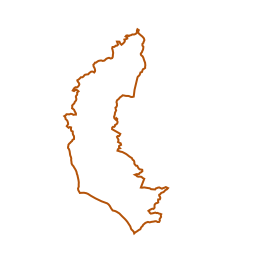 the district of Jaguaripe, Brazil, rotated 113°
{"feature_id": "56859067B34110890821904", "entity_name": "Jaguaripe", "entity_type": "district", "adm_level": 2, "iso_a3": "BRA", "parent_name": "Brazil", "parent_adm1": "", "projection": "robinson", "projection_center": [-39.007, -13.088], "detail": "fine", "context": "isolated", "style": "outline", "palette": "amber", "viewbox_px": 256, "rotation_deg": 113, "n_neighbors": 0, "source": "geoboundaries", "source_scale": "gbopen_adm2", "svg_char_len": 5126}
<svg xmlns="http://www.w3.org/2000/svg" viewBox="0 0 256 256"><g transform="rotate(113 128 128)"><path d="M96.9,135.0L90.3,136.9L77.9,139.0L76.9,139.0L75.8,138.4L74.4,138.0L73.3,138.1L72.0,138.2L70.9,137.0L69.5,137.2L68.1,137.2L67.1,136.3L66.0,135.7L64.9,136.2L63.6,136.5L62.3,137.2L61.2,137.8L60.1,138.9L58.9,140.0L57.6,141.1L56.3,142.6L56.0,143.9L55.5,144.8L54.4,145.3L52.8,144.8L51.5,144.9L50.0,144.8L48.4,145.2L47.2,145.6L46.5,146.9L45.0,147.6L43.6,147.1L42.6,147.3L41.0,147.2L40.1,147.7L39.2,148.5L38.2,150.5L37.1,154.2L36.3,155.9L35.2,156.3L33.7,156.3L33.4,157.9L34.7,157.9L36.1,157.3L37.4,157.2L38.6,157.9L39.6,159.0L40.2,160.6L41.3,161.4L42.0,162.4L43.1,163.2L42.8,164.3L43.5,165.6L44.7,166.0L45.0,164.2L45.9,163.6L47.1,164.7L48.0,165.9L49.1,164.9L50.4,164.9L52.2,165.6L53.9,166.5L53.2,168.2L51.9,169.6L52.3,170.7L52.8,171.9L54.0,170.8L55.1,169.7L56.6,170.4L57.1,171.5L58.6,172.2L59.5,173.9L61.0,173.7L62.2,172.6L63.3,171.9L64.3,171.2L65.3,170.8L66.6,170.5L67.6,170.1L68.8,169.8L69.8,169.9L70.8,171.0L70.8,172.9L71.5,173.8L72.6,174.9L73.9,175.5L75.1,176.0L76.1,177.4L76.3,179.1L77.0,180.3L77.8,181.4L78.9,182.2L80.2,182.9L80.7,183.9L82.0,184.1L83.3,184.6L84.8,183.7L85.7,182.5L86.6,181.6L87.8,180.8L88.9,180.5L90.1,180.8L89.8,182.4L90.5,183.9L91.8,184.7L92.7,185.2L94.0,185.5L94.9,187.0L95.7,188.3L96.6,188.8L98.0,189.1L99.1,189.8L99.7,191.2L100.9,191.6L102.5,192.3L103.9,193.3L104.7,192.6L105.3,191.6L105.9,190.6L106.7,189.9L107.8,189.8L109.3,190.1L110.5,190.8L110.9,192.1L111.9,192.9L113.5,193.3L115.1,193.5L115.1,192.1L114.0,191.5L113.0,190.9L113.1,189.3L113.6,187.9L115.2,188.7L116.3,188.1L117.3,187.8L118.4,188.3L119.7,188.2L120.7,187.4L121.6,186.8L122.9,186.6L124.0,186.9L125.0,187.2L126.3,187.1L127.7,187.7L129.1,188.2L130.5,187.5L131.7,187.2L131.9,186.1L132.3,184.8L133.6,183.4L134.3,182.4L135.0,181.6L136.0,181.2L136.5,182.4L137.2,183.4L137.0,184.9L137.3,186.3L138.3,187.2L138.9,188.8L139.4,190.0L140.5,190.2L142.0,191.3L142.7,189.8L144.1,189.0L144.6,187.5L145.3,186.4L146.5,185.4L147.8,184.6L149.0,184.8L150.2,185.1L150.6,184.1L151.0,182.7L149.9,182.0L149.7,180.6L150.8,180.3L151.8,179.9L152.8,179.0L152.8,177.5L154.5,176.8L155.7,175.9L156.6,174.6L157.9,173.9L159.3,173.4L160.5,174.4L161.9,174.4L163.2,175.1L164.2,175.4L165.4,176.0L166.7,176.3L167.9,175.9L168.9,175.8L169.8,175.4L170.4,174.3L171.4,173.3L172.6,172.4L173.8,171.7L175.3,170.8L176.3,170.0L177.1,169.1L178.1,168.4L179.7,167.8L181.3,166.8L182.8,166.0L183.9,164.6L184.6,163.1L185.3,162.3L185.9,161.4L186.6,160.4L187.4,159.4L188.6,158.2L190.2,157.1L191.3,156.0L192.5,155.2L193.9,154.2L195.2,153.3L196.5,152.5L197.6,151.9L198.8,151.5L199.8,151.1L201.0,150.5L202.0,150.4L203.4,150.3L204.7,149.4L206.6,146.9L206.0,145.8L204.8,143.2L204.3,140.8L204.3,139.0L204.9,135.7L205.5,130.3L205.6,128.0L205.8,123.7L205.7,121.7L205.5,117.7L205.9,116.1L206.8,114.4L208.6,112.1L209.9,109.9L209.5,107.7L209.5,105.9L209.7,104.7L210.0,102.6L211.6,98.8L212.8,95.7L213.5,94.1L214.6,92.0L216.8,88.7L217.7,87.4L218.9,86.4L220.0,85.3L220.5,83.9L221.2,82.3L222.6,81.1L221.2,80.5L219.1,79.0L217.8,78.3L216.4,77.1L214.7,77.1L213.5,76.8L212.6,76.3L211.1,76.2L209.8,75.5L208.7,75.0L207.9,74.3L206.7,73.0L206.4,71.2L205.3,69.8L204.7,68.8L203.9,67.5L203.2,66.6L202.8,65.4L203.0,64.1L202.3,62.6L200.8,62.5L199.7,63.3L198.4,63.1L196.9,62.8L195.6,63.7L194.4,63.7L194.4,64.8L194.7,66.0L194.6,67.6L195.2,68.6L195.2,69.8L196.3,71.2L197.1,72.3L197.9,73.6L197.5,74.9L196.8,75.6L196.3,76.8L195.1,76.1L193.9,75.1L192.8,74.1L192.5,72.9L191.0,72.4L189.8,73.0L188.3,73.5L187.2,73.3L186.2,72.7L185.6,71.8L184.7,71.1L183.4,71.8L182.0,72.3L181.2,70.8L179.8,70.9L178.7,71.8L178.2,72.8L177.2,73.2L176.4,72.5L175.1,72.2L173.9,71.2L173.2,70.3L171.8,69.7L170.7,69.4L169.2,68.2L167.7,67.7L167.6,70.1L168.8,71.2L169.7,72.3L170.6,73.0L170.6,74.6L170.5,76.0L171.1,77.0L171.9,77.8L172.7,78.7L174.0,79.0L174.7,81.1L175.3,82.9L175.0,84.5L175.4,85.9L175.9,87.9L176.3,89.7L176.9,90.8L177.5,91.8L177.8,92.9L168.4,93.2L168.3,94.8L167.7,96.5L168.2,98.3L168.8,99.5L168.9,100.7L168.4,101.9L168.3,103.3L167.1,102.1L166.6,100.7L165.9,99.8L164.8,99.7L163.6,98.6L162.1,97.9L160.9,98.6L161.2,100.1L161.5,101.3L160.8,102.8L160.0,103.8L159.2,104.7L159.6,105.9L159.0,107.2L158.4,108.2L157.4,108.6L156.5,109.1L155.7,109.9L155.3,111.5L154.2,112.6L153.9,114.5L153.5,116.4L153.0,118.0L152.6,119.9L152.4,122.6L152.3,123.8L152.7,125.8L152.8,127.3L153.0,128.8L151.6,129.0L150.6,128.5L149.8,127.5L149.4,128.6L148.1,129.2L147.0,128.5L146.2,127.8L145.0,128.7L144.9,130.3L144.8,131.7L143.8,131.8L142.5,132.2L141.4,133.6L140.5,134.7L139.5,134.4L138.9,133.1L137.6,132.8L136.4,132.8L135.3,142.2L133.8,142.7L132.7,142.2L132.3,141.1L131.4,140.8L130.3,141.1L128.9,140.0L127.3,139.7L126.1,140.2L125.4,141.2L123.9,141.4L123.5,142.6L125.0,142.8L124.4,144.3L123.2,145.2L121.7,145.3L120.3,145.5L119.3,145.9L117.9,145.9L116.4,145.8L115.3,146.8L114.2,147.5L113.1,146.9L111.7,146.9L109.8,147.8L108.7,148.7L107.4,148.9L106.2,148.7L105.4,148.1L104.4,147.7L103.4,147.5L102.4,147.0L101.4,146.3L100.0,145.7L99.6,144.2L99.4,143.0L99.0,141.7L98.4,140.3L98.2,139.1L98.3,137.7L97.9,136.4L96.9,135.0Z" fill="none" stroke="#b45309" stroke-width="2"/></g></svg>